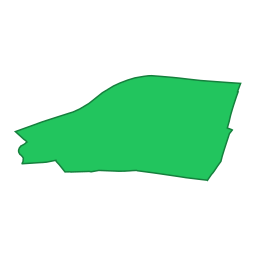 Jaunjelgava, Jaunjelgavas, Latvia
{"feature_id": "27541924B26056136094226", "entity_name": "Jaunjelgava", "entity_type": "district", "adm_level": 2, "iso_a3": "LVA", "parent_name": "Latvia", "parent_adm1": "Jaunjelgavas", "projection": "robinson", "projection_center": [25.08, 56.612], "detail": "fine", "context": "isolated", "style": "filled", "palette": "green", "viewbox_px": 256, "rotation_deg": 0, "n_neighbors": 0, "source": "geoboundaries", "source_scale": "gbopen_adm2", "svg_char_len": 1499}
<svg xmlns="http://www.w3.org/2000/svg" viewBox="0 0 256 256"><path d="M240.6,83.4L223.2,82.2L200.4,80.5L187.8,79.1L179.4,78.1L172.5,77.4L165.5,76.8L159.7,76.3L151.5,75.7L148.4,75.8L143.6,76.4L134.9,77.9L127.6,80.1L120.0,83.0L113.5,86.0L102.3,92.8L96.8,97.2L88.9,103.5L79.7,109.0L72.8,112.1L69.5,113.1L56.7,117.2L42.7,121.7L15.4,131.6L24.1,139.5L25.7,140.6L26.1,141.1L26.9,142.0L26.7,142.1L24.6,144.0L21.4,145.8L21.0,145.9L19.4,147.9L18.6,150.1L18.6,151.3L18.7,151.8L18.9,152.5L19.5,153.6L19.9,154.3L20.8,155.0L21.4,155.5L22.4,156.7L23.0,157.5L23.3,158.1L23.1,160.3L23.1,161.4L22.1,163.4L22.2,163.7L22.8,163.7L39.7,162.6L42.3,162.5L46.7,162.1L55.8,160.3L56.0,160.3L56.1,161.2L56.5,161.7L59.1,164.5L65.0,171.9L70.1,171.8L70.8,172.0L73.3,171.9L87.0,171.5L89.1,171.4L91.1,171.8L98.8,170.4L114.2,171.0L118.8,171.2L124.8,171.1L126.3,171.0L129.7,170.8L132.2,170.6L136.5,170.4L137.3,170.7L138.0,170.8L152.4,172.7L160.2,173.8L179.9,176.7L185.0,177.5L185.5,177.6L194.6,178.7L197.1,179.0L197.9,179.1L198.8,179.2L199.5,179.3L207.4,180.2L207.5,180.3L208.1,179.3L208.3,179.0L211.5,174.4L213.0,172.7L213.2,172.4L214.3,170.9L217.5,166.1L220.9,161.4L222.1,156.6L222.2,156.2L224.4,149.0L225.0,147.2L225.7,145.0L225.8,144.7L229.4,133.7L232.3,130.0L231.9,129.7L227.3,128.0L229.0,122.0L229.1,121.8L229.7,119.0L230.6,115.2L230.8,114.5L230.9,114.1L232.7,108.0L232.8,107.7L233.6,105.1L236.3,96.9L238.1,91.9L237.5,91.8L237.9,90.6L238.0,90.3L240.4,83.9L240.6,83.4Z" fill="#22c55e" stroke="#15803d" stroke-width="1.5"/></svg>